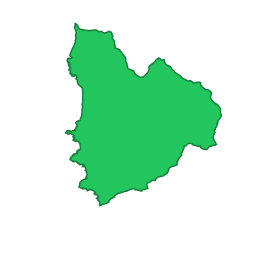 the district of Sao Pedro Apostolo, Ribeira Grande, Cabo Verde, rotated 292°
{"feature_id": "66160863B19660935593220", "entity_name": "Sao Pedro Apostolo", "entity_type": "district", "adm_level": 2, "iso_a3": "CPV", "parent_name": "Cabo Verde", "parent_adm1": "Ribeira Grande", "projection": "albers", "projection_center": [-25.188, 17.13], "detail": "fine", "context": "isolated", "style": "filled", "palette": "green", "viewbox_px": 256, "rotation_deg": 292, "n_neighbors": 0, "source": "geoboundaries", "source_scale": "gbopen_adm2", "svg_char_len": 5707}
<svg xmlns="http://www.w3.org/2000/svg" viewBox="0 0 256 256"><g transform="rotate(292 128 128)"><path d="M205.0,39.9L203.9,40.4L201.1,40.9L197.8,43.9L196.0,44.4L193.8,44.7L192.2,45.9L190.4,46.4L189.2,46.3L188.0,47.0L184.2,47.2L180.9,46.7L175.7,46.8L175.2,47.0L174.5,46.9L174.3,46.6L173.8,46.7L173.0,47.5L172.9,48.5L172.5,49.6L172.1,49.3L171.1,49.3L170.4,48.3L170.7,47.3L170.2,47.4L169.5,46.1L167.7,46.4L167.4,46.8L166.9,46.8L166.4,47.8L167.0,48.2L166.9,48.6L166.0,48.9L165.6,48.5L165.2,48.6L165.9,49.8L165.3,50.4L164.6,50.5L164.3,50.1L164.4,49.7L163.8,49.6L163.1,49.9L163.0,50.5L162.5,51.0L162.6,51.9L162.5,52.3L162.1,52.4L160.2,51.2L159.5,51.9L159.8,52.3L159.1,53.3L157.0,53.7L157.3,54.4L156.7,54.4L156.5,54.8L156.9,55.4L155.9,55.7L156.0,56.2L155.6,56.5L156.1,56.6L156.0,57.1L156.3,57.2L156.4,57.8L156.7,58.1L156.3,58.1L156.8,58.4L156.6,59.0L156.9,59.2L156.6,59.2L156.8,59.4L156.8,61.1L156.3,61.5L155.3,61.6L153.4,61.4L154.0,61.8L154.0,62.2L153.2,63.1L151.4,64.1L150.3,65.1L149.6,66.1L148.1,70.3L147.5,71.0L143.3,73.1L134.2,76.6L132.9,76.5L130.4,78.0L128.7,78.3L125.2,79.7L123.5,79.9L122.2,80.4L121.1,80.4L120.3,80.8L119.7,80.5L119.0,80.7L118.2,80.4L117.0,80.7L116.3,80.3L116.0,79.0L113.5,77.6L113.0,77.9L112.5,78.7L110.9,80.5L110.3,80.0L109.5,79.9L109.3,79.5L108.9,79.8L107.3,79.7L106.5,78.8L106.7,79.3L106.2,79.4L106.5,79.8L105.4,80.2L104.9,77.5L103.3,76.8L103.2,76.4L103.5,75.7L103.4,75.4L103.0,75.2L103.1,74.5L103.3,74.7L103.4,74.4L103.0,73.1L102.7,72.6L102.0,72.5L101.6,72.7L100.9,72.1L100.2,71.9L100.3,74.0L99.9,74.4L100.3,75.6L101.3,76.0L101.3,77.7L101.1,78.9L101.3,79.5L101.3,80.2L100.6,81.0L99.8,80.3L99.4,80.2L99.3,81.0L98.9,81.1L99.0,81.8L98.7,81.8L98.6,82.2L96.9,81.4L96.3,81.7L96.5,82.3L96.0,82.2L96.1,82.8L96.3,83.0L95.9,84.0L96.1,84.6L96.9,85.0L96.7,85.1L97.1,86.8L96.1,88.4L95.9,88.4L95.9,88.7L95.2,89.4L91.3,91.7L90.2,91.6L89.6,90.5L89.1,90.2L88.8,90.9L88.5,90.8L87.8,89.6L87.4,89.3L87.1,89.4L87.0,89.9L86.7,90.1L85.7,89.6L85.8,90.1L85.3,90.3L84.5,89.0L84.0,88.9L84.0,88.3L83.7,88.2L83.6,87.8L83.4,87.9L82.9,87.2L82.6,87.1L82.6,87.8L82.4,88.1L82.0,87.3L81.1,86.7L80.8,86.9L80.4,86.8L79.0,85.8L77.0,86.1L76.8,86.5L77.2,87.2L76.7,87.7L76.8,89.2L76.4,88.9L76.2,89.2L76.5,89.6L76.4,90.6L77.4,92.0L77.7,93.0L77.5,93.5L76.9,93.7L76.8,94.4L76.3,95.0L76.6,96.4L76.3,96.6L75.9,96.7L76.0,97.1L76.4,97.3L76.9,99.2L77.4,99.8L77.3,100.2L76.7,100.2L77.3,100.9L77.1,101.5L76.5,102.0L75.5,101.2L75.9,102.3L75.6,102.6L75.6,103.2L73.3,104.6L72.9,104.4L73.0,105.2L72.3,105.3L69.6,107.5L67.5,107.8L66.6,107.5L66.6,108.0L65.9,108.3L65.6,108.2L65.3,107.6L64.7,107.3L64.9,107.8L64.1,107.2L63.7,106.3L61.7,104.8L60.9,104.8L60.1,104.0L59.7,104.2L58.6,103.9L57.7,104.6L56.7,104.4L56.4,104.7L55.6,104.5L54.9,104.7L54.7,105.9L54.9,107.4L55.5,108.3L54.8,108.8L55.1,109.2L55.5,109.1L55.6,109.6L55.4,109.9L55.1,109.8L56.1,111.9L55.6,112.3L55.5,113.4L54.8,113.8L55.7,114.2L56.0,114.7L55.6,114.7L56.5,115.8L56.3,115.8L57.2,117.1L57.0,117.7L57.1,119.2L56.1,121.3L55.5,121.3L55.3,121.5L55.0,121.4L55.4,122.1L54.0,122.0L54.4,124.8L53.2,126.4L52.6,126.4L51.6,125.5L50.9,125.3L50.9,126.6L50.1,127.3L49.6,127.3L49.3,128.5L48.5,129.6L45.4,130.8L46.2,131.9L46.9,132.3L48.3,133.8L49.6,135.7L51.2,137.3L52.4,138.0L53.5,137.6L54.1,137.8L57.2,139.6L58.1,140.9L59.9,140.8L61.6,141.6L62.5,142.6L63.3,142.8L65.0,145.3L65.6,145.3L66.2,146.7L68.1,148.8L69.1,150.6L70.1,151.3L73.3,154.9L74.4,156.8L73.3,157.7L74.0,159.2L74.5,163.9L74.8,164.4L76.0,164.6L77.0,165.3L77.0,166.5L78.2,167.4L79.3,169.0L82.2,166.8L83.7,166.4L85.0,167.1L85.8,168.2L88.4,169.9L88.5,170.6L89.3,171.4L89.1,172.0L89.8,173.1L91.8,173.0L94.4,174.8L94.9,176.0L96.8,178.6L101.0,181.2L103.2,181.4L103.6,181.7L105.1,181.1L106.7,181.4L109.1,183.5L110.0,185.0L112.2,187.2L115.1,186.2L116.6,186.6L118.5,186.3L122.9,187.9L123.9,187.6L124.0,187.2L124.6,187.0L126.8,187.3L130.6,187.4L131.9,186.8L133.0,188.3L135.6,189.3L136.1,189.7L137.2,191.7L137.1,193.8L136.6,194.5L137.1,196.0L136.9,196.7L137.3,198.9L137.1,199.6L138.4,201.9L137.4,202.3L136.6,203.9L136.7,205.9L137.0,207.9L137.7,209.1L139.0,209.7L140.9,210.0L142.0,211.2L142.4,212.1L144.0,213.3L144.1,214.2L144.7,215.2L146.0,216.1L148.2,213.1L151.6,210.1L153.7,210.0L154.4,210.2L154.8,210.0L156.3,210.3L156.8,210.1L157.6,209.1L158.3,208.7L159.3,209.4L161.1,209.1L162.4,209.6L163.9,209.6L165.5,208.7L166.2,209.5L167.9,208.6L173.1,210.0L175.0,209.6L176.9,208.0L180.0,206.8L181.0,205.7L182.2,203.6L183.0,202.8L183.9,198.0L185.6,194.4L187.7,192.9L191.2,192.5L192.6,191.3L193.4,188.3L192.6,185.0L193.2,184.2L193.3,182.9L194.6,180.0L196.2,178.5L197.1,178.5L197.3,177.7L196.6,175.4L194.4,172.5L194.4,171.7L195.2,169.1L195.0,167.4L194.2,166.9L194.3,162.4L194.9,159.0L196.1,156.6L196.1,155.4L197.1,150.6L198.5,148.7L198.4,147.9L198.9,146.9L199.6,145.8L200.0,145.6L200.5,144.4L201.0,144.1L200.8,141.8L201.4,138.6L202.8,137.0L204.0,136.8L204.7,136.1L204.5,135.2L203.9,134.5L203.6,133.0L204.5,131.4L204.5,130.4L202.9,129.6L202.2,128.6L200.7,128.5L198.4,127.6L196.8,126.7L196.2,126.0L192.9,124.4L190.7,125.4L188.4,125.8L184.5,124.8L181.0,122.8L180.5,122.2L180.2,121.4L179.5,120.6L179.8,119.2L179.8,117.4L180.5,115.0L180.9,114.1L182.3,112.9L183.1,111.5L183.0,107.0L182.8,105.9L184.7,104.4L187.3,102.8L188.0,102.1L188.6,101.1L191.4,99.9L192.7,98.7L194.3,95.6L195.9,93.6L196.4,91.7L197.4,91.1L197.5,86.0L198.9,85.5L200.4,84.5L201.0,83.8L203.3,83.0L204.7,81.0L204.9,80.5L205.8,79.6L206.8,79.3L207.7,79.5L208.4,78.1L208.8,77.8L209.4,77.8L210.5,76.6L210.4,75.7L210.6,75.1L210.4,73.8L208.3,72.5L208.2,71.7L207.1,70.5L207.1,69.1L207.6,67.4L207.4,66.5L206.0,65.0L207.0,63.1L206.5,60.4L204.5,57.1L203.4,54.4L202.4,50.9L202.2,48.9L201.8,48.2L201.7,45.2L204.4,42.6L205.1,40.6L205.0,39.9Z" fill="#22c55e" stroke="#15803d" stroke-width="1.5"/></g></svg>